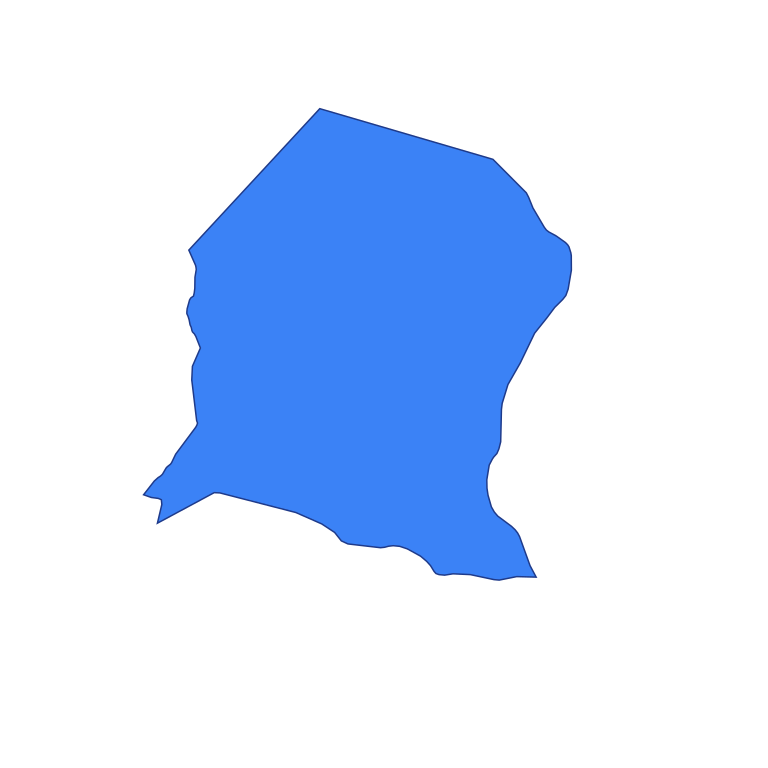 map outline of Chontales (Mercator projection), rotated 126°
{"feature_id": "NIC-669", "entity_name": "Chontales", "entity_type": "Department", "adm_level": 1, "iso_a3": "NIC", "parent_name": "Nicaragua", "parent_adm1": "", "projection": "mercator", "projection_center": [-85.042, 12.14], "detail": "fine", "context": "isolated", "style": "filled", "palette": "blue", "viewbox_px": 768, "rotation_deg": 126, "n_neighbors": 0, "source": "natural_earth", "source_scale": "10m", "svg_char_len": 1623}
<svg xmlns="http://www.w3.org/2000/svg" viewBox="0 0 768 768"><g transform="rotate(126 384 384)"><path d="M378.5,252.3L381.2,252.2L387.8,251.2L401.1,244.5L407.8,239.4L412.8,234.5L420.3,224.9L422.7,219.6L424.0,214.4L424.2,197.3L424.9,192.1L426.0,188.3L427.8,184.6L445.1,159.1L450.8,147.4L461.8,163.4L474.9,175.5L477.6,180.0L487.5,202.2L497.0,216.6L503.0,222.6L505.9,227.5L506.8,230.6L506.2,233.3L503.6,239.6L502.4,245.3L501.8,253.3L503.7,268.3L506.1,275.9L509.4,281.5L512.5,284.9L515.8,287.6L518.5,290.6L534.6,319.2L536.0,326.3L533.1,336.7L533.8,352.1L539.8,379.8L568.6,452.8L571.7,457.5L629.8,485.5L612.1,492.9L608.5,496.1L608.9,498.1L609.3,499.5L612.6,505.6L614.9,513.4L597.5,512.8L592.4,511.7L590.2,510.8L588.5,510.4L587.0,510.2L580.1,510.9L578.3,510.7L574.4,509.6L572.5,509.6L563.2,511.3L529.7,510.9L527.3,511.2L525.2,511.9L523.7,514.1L493.7,541.9L482.3,549.4L462.8,553.7L456.1,564.2L454.8,567.2L454.8,567.7L454.4,569.6L453.5,571.0L451.6,573.1L450.9,574.2L450.4,575.2L449.8,576.0L446.6,579.4L444.5,582.2L443.0,584.8L441.5,585.9L438.8,587.5L430.3,590.7L428.1,590.9L427.0,590.6L424.9,589.8L422.0,591.0L417.8,593.3L408.7,599.7L401.7,603.2L399.8,605.0L398.7,606.3L390.4,620.6L199.0,597.8L138.2,427.9L145.7,381.2L147.9,376.8L152.2,369.9L152.8,369.0L153.3,368.1L153.9,367.3L163.0,346.4L164.0,343.1L164.1,340.0L163.0,331.6L162.9,320.3L163.4,317.3L164.3,315.0L168.0,310.0L170.1,307.9L181.8,299.3L199.0,290.8L205.5,288.9L210.5,289.1L221.7,290.9L234.9,291.1L254.4,292.0L287.0,286.1L311.6,283.4L330.2,277.0L335.6,274.0L362.2,255.6L369.0,252.9L373.9,251.8L378.5,252.3Z" fill="#3b82f6" stroke="#1e3a8a" stroke-width="1.5"/></g></svg>